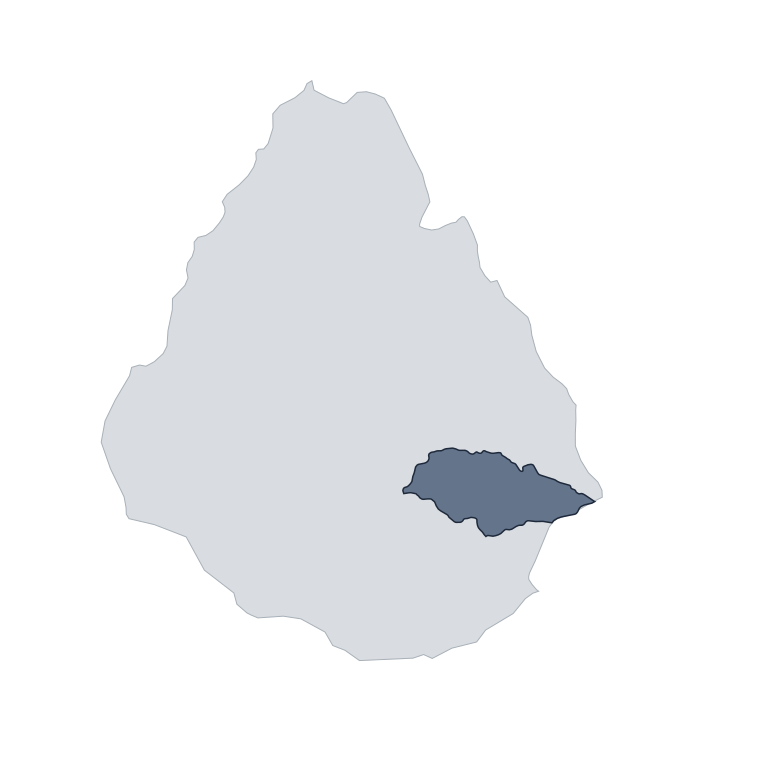 location of Treinta y Tres within Uruguay, rotated 22°
{"feature_id": "URY-16", "entity_name": "Treinta y Tres", "entity_type": "Department", "adm_level": 1, "iso_a3": "URY", "parent_name": "Uruguay", "parent_adm1": "", "projection": "orthographic", "projection_center": [-54.31, -33.085], "detail": "fine", "context": "in_parent", "style": "filled", "palette": "slate", "viewbox_px": 768, "rotation_deg": 22, "n_neighbors": 0, "source": "natural_earth", "source_scale": "10m", "svg_char_len": 4888}
<svg xmlns="http://www.w3.org/2000/svg" viewBox="0 0 768 768"><g transform="rotate(22 384 384)"><path d="M605.0,518.2L600.4,522.2L595.5,529.9L589.7,548.5L570.4,574.0L566.5,588.5L545.9,603.5L531.5,620.4L522.1,620.0L513.6,627.3L464.9,649.6L447.4,645.5L434.5,645.7L422.3,636.1L394.8,632.9L377.6,637.0L354.7,648.1L347.7,648.0L342.7,647.6L330.1,643.3L323.1,634.0L287.2,623.9L257.9,599.9L223.9,600.4L198.0,604.4L193.9,601.3L191.0,595.0L185.3,586.0L162.1,565.0L143.6,543.9L139.2,522.7L140.8,499.4L145.0,471.7L143.8,463.1L150.2,458.0L156.6,456.7L162.7,449.4L167.9,438.4L168.6,430.2L163.7,415.3L159.9,394.4L155.9,384.0L162.5,367.2L162.6,359.1L158.1,352.2L156.7,345.0L158.4,337.4L157.7,330.3L154.8,323.5L156.6,317.7L163.2,313.0L168.0,305.9L171.0,296.4L172.4,289.3L172.3,284.4L170.1,279.8L165.8,275.6L167.5,266.9L175.1,253.6L179.9,242.0L181.9,231.8L181.5,223.7L178.6,217.7L179.6,213.5L184.5,211.1L186.5,204.5L185.2,188.3L179.7,175.2L183.3,164.5L194.2,151.9L199.8,141.8L200.1,134.3L203.5,129.8L209.1,137.8L225.2,139.4L241.4,139.3L243.9,137.1L249.9,123.7L258.2,119.6L267.3,118.4L277.3,118.9L288.1,127.4L318.7,155.5L341.1,175.1L347.9,184.4L353.8,191.4L358.3,197.9L356.7,215.0L357.1,222.5L358.1,224.6L363.1,224.7L370.5,223.4L376.7,219.7L381.5,214.1L386.2,209.6L390.1,207.1L391.4,203.5L393.6,199.7L395.9,198.9L400.2,201.6L410.6,211.3L418.6,220.2L420.6,225.4L423.7,230.7L426.9,235.4L429.3,239.9L437.0,245.8L444.8,249.6L450.0,245.7L463.3,258.0L492.4,268.3L497.8,274.5L502.8,283.4L513.0,296.9L527.0,309.1L538.3,314.3L549.1,317.2L555.1,319.9L559.3,324.6L565.8,329.7L570.0,331.6L571.4,336.1L575.6,345.9L580.0,358.4L584.7,369.9L595.1,381.1L606.9,389.8L619.1,394.8L625.9,400.9L628.8,407.2L620.4,416.5L611.4,428.1L603.4,437.2L595.3,443.6L592.5,448.0L590.7,454.9L590.5,491.3L589.7,504.8L590.3,508.5L591.4,510.9L596.5,514.5L602.5,517.6L605.0,518.2Z" fill="#d9dde1" stroke="#a8b0b8" stroke-width="1"/><path d="M623.4,414.1L621.4,416.6L615.1,421.1L612.5,423.9L611.7,425.9L611.4,430.0L610.8,432.0L609.8,433.2L598.4,440.7L595.2,443.5L592.6,447.0L591.7,449.8L582.9,451.8L576.1,454.7L568.7,456.8L568.2,457.2L567.2,458.4L566.8,459.7L566.5,461.0L566.0,462.1L565.0,463.2L562.8,464.1L561.5,464.9L559.8,466.7L556.9,470.7L554.8,472.2L551.6,473.1L550.6,474.0L548.3,478.9L546.4,481.1L544.2,482.9L542.0,484.3L537.1,485.5L536.0,486.5L535.6,487.2L533.3,486.1L530.9,484.5L527.6,483.1L525.6,482.0L524.8,481.3L523.4,479.7L522.0,477.4L521.1,475.3L520.8,474.9L520.3,474.5L519.8,474.3L519.0,474.2L517.9,474.2L515.2,474.9L514.5,475.2L511.5,477.6L511.0,477.8L510.0,478.3L509.5,478.6L509.0,478.9L508.7,479.4L508.5,480.0L508.3,481.2L507.8,482.3L507.5,482.8L507.1,483.2L506.7,483.5L506.3,483.8L502.6,485.3L501.8,485.4L500.7,485.3L494.4,483.3L493.9,483.0L492.7,482.0L492.1,481.7L491.5,481.5L484.0,480.4L481.2,479.6L478.1,477.4L475.5,474.7L475.0,474.3L474.2,474.0L473.1,473.7L471.7,473.2L471.0,473.1L470.0,473.2L467.7,474.1L463.6,476.2L462.8,476.4L461.9,476.5L460.3,476.2L459.5,475.9L458.9,475.5L458.5,475.2L457.9,474.9L456.1,474.4L455.2,473.9L454.5,473.8L449.7,474.7L447.9,475.5L443.4,478.2L441.5,475.9L441.3,475.2L441.2,474.0L441.3,473.3L441.6,472.7L441.9,472.3L442.3,471.9L443.6,470.9L444.2,470.2L444.9,469.0L445.9,466.4L446.2,465.0L446.4,463.9L445.4,458.9L445.3,455.1L444.4,449.1L445.1,446.7L445.9,445.7L451.1,442.3L451.9,441.6L452.6,440.9L452.9,440.4L453.7,438.7L453.7,436.7L453.6,435.9L452.2,433.6L452.0,432.6L452.0,431.8L452.4,431.2L452.8,430.4L453.4,429.7L453.9,429.3L456.0,428.1L456.5,427.6L457.3,426.9L458.3,426.1L461.5,424.7L462.0,424.5L462.8,423.8L464.2,422.1L465.8,420.8L471.3,417.9L472.4,417.6L475.0,417.3L478.1,417.4L479.5,417.0L483.8,415.2L484.7,415.1L485.9,415.1L487.2,415.4L488.9,416.1L489.6,416.2L490.5,416.2L492.0,416.0L492.7,415.6L493.3,415.2L493.9,414.3L494.5,413.2L495.0,412.5L495.5,412.3L496.1,412.3L496.8,412.4L497.6,412.5L499.0,412.3L499.7,411.9L500.1,411.5L500.4,410.9L500.8,409.5L501.4,408.6L502.0,408.3L502.7,408.2L504.0,408.4L509.2,408.0L511.1,407.4L515.7,404.8L517.1,404.3L518.0,404.2L518.5,404.5L519.3,405.2L519.7,405.6L520.2,405.8L520.8,406.0L524.3,406.5L526.2,407.1L528.8,407.4L529.4,407.7L530.3,408.3L530.8,408.6L531.4,408.8L532.0,408.9L532.7,408.9L534.7,408.8L535.3,408.8L535.9,409.0L536.4,409.2L541.4,412.7L541.8,413.0L542.5,413.3L543.2,413.5L544.5,413.4L545.0,413.0L545.3,412.4L545.1,411.8L544.9,411.3L544.3,410.3L544.1,409.8L544.0,409.3L544.1,408.7L544.4,408.3L544.7,407.8L546.7,406.0L547.3,405.3L547.8,404.9L550.4,403.4L551.4,403.2L552.3,403.2L552.9,403.4L553.8,404.0L559.7,408.8L560.7,409.4L561.2,409.7L561.9,409.8L562.9,409.9L578.4,408.8L581.7,409.4L583.9,409.5L593.9,408.4L594.4,408.5L594.8,408.7L595.3,409.0L595.6,409.4L596.2,410.3L596.9,410.6L597.8,410.8L599.6,410.7L600.6,410.8L601.3,411.0L602.5,412.1L603.1,412.4L603.8,412.6L605.1,412.8L605.9,412.8L606.6,412.5L608.1,411.6L609.1,411.4L609.8,411.4L612.1,411.7L623.3,414.1L623.4,414.1Z" fill="#64748b" stroke="#1e293b" stroke-width="1.5"/></g></svg>